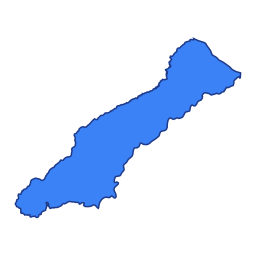 Tefé, Amazonas, Brazil (orthographic projection)
{"feature_id": "56859067B54341094874389", "entity_name": "Tefé", "entity_type": "district", "adm_level": 2, "iso_a3": "BRA", "parent_name": "Brazil", "parent_adm1": "Amazonas", "projection": "orthographic", "projection_center": [-65.503, -4.413], "detail": "fine", "context": "isolated", "style": "filled", "palette": "blue", "viewbox_px": 256, "rotation_deg": 0, "n_neighbors": 0, "source": "geoboundaries", "source_scale": "gbopen_adm2", "svg_char_len": 5769}
<svg xmlns="http://www.w3.org/2000/svg" viewBox="0 0 256 256"><path d="M98.2,117.9L97.5,119.3L96.9,119.6L95.4,119.4L94.6,118.8L92.7,120.5L89.3,124.3L87.5,125.6L86.2,127.1L84.3,127.1L83.0,126.7L81.1,127.3L79.1,129.0L78.9,130.5L77.8,131.2L76.2,133.4L75.0,133.8L74.4,134.2L74.2,135.6L75.0,136.8L75.1,137.6L75.2,139.0L74.8,140.4L75.6,142.2L75.3,145.6L74.4,146.7L72.3,147.9L72.0,148.5L71.7,149.1L72.0,151.1L71.4,153.8L71.3,155.2L71.0,155.7L70.4,156.3L69.9,156.7L67.2,157.0L66.0,157.5L64.4,158.6L63.3,160.2L62.6,160.4L60.7,160.1L59.1,162.4L55.1,165.4L54.1,167.2L52.7,167.7L50.1,169.5L48.8,171.7L48.3,173.0L47.1,173.9L47.0,174.6L45.8,176.0L44.8,178.6L43.9,179.5L42.9,180.2L42.3,180.5L41.6,180.4L39.8,179.2L35.9,178.2L34.7,178.4L31.6,179.9L30.8,181.1L30.3,184.0L29.9,184.5L29.5,185.7L29.0,186.1L28.1,186.2L27.6,186.5L27.0,187.8L26.4,188.4L25.6,189.0L24.1,189.3L23.6,189.7L23.2,190.6L22.6,190.5L22.3,190.7L21.0,193.4L21.0,194.1L20.3,194.4L19.0,194.0L18.5,194.2L18.1,195.5L18.6,197.5L18.5,198.8L16.9,199.8L16.6,200.4L16.6,201.6L15.5,203.2L15.4,204.4L16.2,205.3L16.6,206.6L17.9,207.0L19.3,208.2L20.5,208.4L20.8,209.1L20.8,212.6L21.2,213.1L21.7,213.4L22.2,213.0L22.8,213.2L23.2,213.6L24.4,214.3L24.7,215.0L26.0,214.8L28.1,215.2L28.7,215.0L29.1,214.6L29.7,214.7L30.1,215.2L30.0,216.5L30.4,217.0L31.2,217.0L32.3,216.5L34.8,216.3L35.4,216.3L36.2,217.4L37.7,217.4L38.6,216.4L39.0,215.0L39.4,214.6L40.0,214.3L40.6,214.6L41.1,214.3L41.3,213.0L42.0,211.8L45.6,210.2L45.8,208.8L46.4,207.7L46.5,205.7L47.1,204.5L46.1,203.4L46.2,202.8L46.7,202.4L47.3,202.4L47.8,202.7L48.7,204.6L48.1,205.9L49.2,206.6L49.6,208.0L50.7,208.4L51.8,207.7L52.5,207.6L53.0,207.9L53.7,207.9L54.3,207.6L57.6,207.4L60.7,206.0L61.7,205.3L62.4,204.2L63.5,203.5L64.7,203.8L66.9,202.7L68.0,201.8L70.0,201.5L72.6,202.0L73.2,201.8L75.9,202.4L78.0,202.4L78.6,202.6L79.0,203.1L79.1,203.8L79.7,204.2L80.9,203.6L81.8,202.6L83.7,202.8L84.3,203.3L83.6,205.1L83.9,205.7L85.0,206.4L86.4,206.6L88.4,206.6L91.0,206.2L93.6,204.8L94.2,204.9L95.4,205.5L97.6,207.9L98.3,208.3L98.7,207.2L99.1,204.5L99.7,202.6L101.2,200.1L102.2,199.0L104.0,197.7L106.0,197.1L108.7,197.6L109.4,197.6L110.0,197.3L110.8,196.4L112.0,196.0L114.1,197.8L114.8,198.0L115.5,197.7L115.9,197.1L116.1,196.2L115.8,194.1L114.4,191.1L113.9,189.1L114.8,187.2L118.0,184.3L118.3,183.6L118.4,183.0L117.2,182.1L116.6,182.0L115.2,182.6L114.7,182.5L114.3,182.0L114.3,179.8L115.2,177.2L115.6,176.7L116.7,176.3L118.1,176.2L120.1,175.6L120.5,175.2L122.1,172.3L123.7,170.7L124.1,169.4L123.5,166.0L123.5,165.3L124.2,164.3L126.4,162.5L128.3,159.4L130.9,157.3L132.2,155.9L132.8,154.3L133.2,151.2L133.8,148.8L134.3,148.3L134.9,147.9L137.0,147.8L138.8,146.8L139.8,144.7L140.2,143.4L141.0,143.1L141.7,143.2L142.4,143.6L143.0,144.2L143.7,144.4L146.1,144.6L147.7,144.4L149.7,143.3L151.5,141.5L155.6,138.8L158.9,136.1L159.4,135.0L160.0,132.7L160.8,131.7L162.0,131.1L164.8,130.5L165.9,129.8L166.4,129.3L167.2,127.4L167.3,124.1L167.7,121.6L168.2,120.0L168.9,118.8L170.1,117.9L170.8,118.1L172.7,119.1L173.5,119.2L174.9,118.9L176.2,118.1L177.0,117.9L179.0,118.4L181.2,117.8L182.4,117.2L183.3,116.1L184.7,113.2L185.8,112.0L189.3,111.1L189.8,110.6L190.4,107.0L191.5,105.2L192.1,105.0L194.1,105.9L194.9,105.9L195.4,105.6L196.7,104.0L197.3,102.5L198.1,101.4L198.7,101.0L200.9,100.1L201.3,99.7L202.1,98.5L202.4,97.2L202.5,96.4L202.1,95.9L202.3,95.1L203.0,94.1L204.1,93.1L205.3,92.7L208.0,93.4L208.6,93.4L211.3,95.0L212.0,94.9L213.2,94.2L213.9,94.4L216.5,93.3L217.0,93.6L217.7,93.5L218.9,94.0L220.8,93.3L221.6,92.2L223.7,91.7L223.8,91.2L224.3,91.1L224.6,90.2L225.3,89.7L225.4,88.7L225.9,88.5L226.6,87.3L227.8,87.7L229.0,87.3L231.4,86.0L233.2,85.5L233.9,82.7L233.8,81.3L234.5,80.2L238.2,76.8L239.0,76.7L239.7,78.0L240.3,77.8L240.6,72.9L236.1,71.6L232.4,69.7L229.4,66.7L223.6,62.5L218.6,59.8L217.2,58.1L216.1,57.2L212.2,54.9L210.3,50.3L206.7,45.4L206.2,44.2L204.7,42.7L197.9,40.5L193.8,38.6L194.1,39.3L193.6,39.7L192.4,39.7L191.6,39.5L190.1,39.7L190.1,40.8L185.7,42.1L184.9,42.7L184.1,44.3L183.1,44.6L182.3,45.6L181.3,46.2L180.2,47.7L178.3,48.1L177.4,48.6L177.0,49.4L176.6,51.6L174.5,53.3L172.7,56.0L171.8,56.4L170.7,56.1L170.4,56.3L170.5,56.7L170.0,57.4L170.0,57.7L171.2,58.7L171.5,59.6L170.8,60.2L170.4,61.2L169.9,61.3L169.8,62.2L169.1,62.3L169.6,63.2L169.2,63.9L169.7,64.4L169.8,65.6L170.5,65.4L170.6,66.8L169.0,67.4L168.2,68.5L167.4,69.0L165.6,69.7L165.6,70.1L166.4,70.1L166.3,70.9L166.5,71.2L167.4,71.6L167.3,72.7L166.5,72.8L166.5,73.0L167.0,73.2L167.3,73.7L167.2,73.9L166.6,73.7L166.4,73.8L166.2,74.7L166.6,76.0L166.4,76.3L166.8,77.0L166.9,79.1L166.4,79.4L165.1,79.3L164.4,79.9L162.6,79.4L162.3,80.0L161.2,80.5L161.1,81.1L160.6,81.2L160.7,81.5L160.5,81.9L159.3,82.9L159.5,83.0L158.6,84.7L159.0,85.1L159.2,85.7L158.6,86.3L158.0,86.4L157.9,86.1L157.3,86.4L157.2,86.7L157.5,87.2L157.3,87.4L156.3,87.1L156.2,88.3L155.4,87.9L155.2,88.1L155.5,88.3L155.1,88.8L154.6,89.0L154.1,88.7L153.3,89.1L152.7,90.1L152.2,90.6L150.2,91.0L149.9,91.6L149.1,91.6L148.7,92.3L147.0,92.0L146.2,92.9L145.3,92.8L144.6,93.1L144.2,93.3L144.0,93.8L143.1,93.9L142.4,93.6L142.4,94.2L142.0,94.5L141.9,94.7L141.1,94.8L140.9,95.4L140.6,95.2L139.6,95.5L139.4,95.7L139.6,95.9L138.3,96.1L138.1,96.4L138.3,96.8L137.7,97.3L137.5,98.0L137.3,97.7L136.6,98.4L135.4,98.0L133.9,99.1L133.5,98.9L132.8,99.0L131.9,99.7L131.1,99.9L130.9,100.6L130.6,100.7L130.6,100.9L130.0,100.9L128.3,102.7L127.1,103.0L126.7,102.7L125.9,103.2L125.8,103.5L124.5,103.9L124.2,103.9L124.0,104.2L123.2,104.7L122.1,104.5L120.8,104.9L120.2,105.4L119.5,105.5L119.4,105.7L117.5,105.9L116.7,106.7L116.6,107.8L115.9,108.5L114.8,108.5L112.8,110.1L112.3,110.2L112.2,110.5L111.4,111.1L110.8,110.9L110.4,111.5L109.0,112.5L107.3,113.0L105.7,112.9L105.0,113.2L104.0,114.4L102.8,115.3L100.7,115.5L98.8,117.6L98.2,117.9Z" fill="#3b82f6" stroke="#1e3a8a" stroke-width="1.5"/></svg>